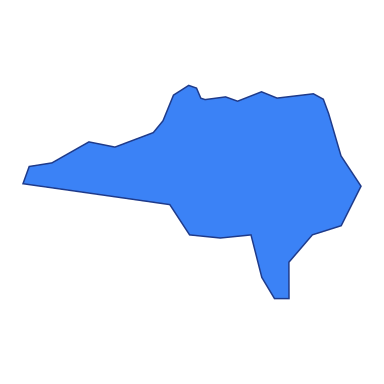 the border of Barnsley
{"feature_id": "GBR-5688", "entity_name": "Barnsley", "entity_type": "Metropolitan Borough", "adm_level": 1, "iso_a3": "GBR", "parent_name": "United Kingdom", "parent_adm1": "", "projection": "orthographic", "projection_center": [-1.511, 53.509], "detail": "fine", "context": "isolated", "style": "filled", "palette": "blue", "viewbox_px": 384, "rotation_deg": 0, "n_neighbors": 0, "source": "natural_earth", "source_scale": "10m", "svg_char_len": 502}
<svg xmlns="http://www.w3.org/2000/svg" viewBox="0 0 384 384"><path d="M220.3,238.0L189.6,234.9L169.8,204.6L23.0,183.7L29.2,166.5L51.9,162.9L88.9,141.9L114.9,147.1L153.3,132.6L163.0,120.8L173.5,95.1L188.7,85.4L196.5,88.1L200.8,98.2L205.1,99.6L225.6,96.9L237.6,101.2L261.5,91.8L277.1,98.1L313.4,93.8L323.3,99.2L328.6,113.5L341.0,155.9L361.0,186.2L341.2,225.7L312.4,234.8L288.9,262.2L289.0,298.6L274.5,298.6L261.8,277.4L251.0,234.9L220.3,238.0Z" fill="#3b82f6" stroke="#1e3a8a" stroke-width="1.5"/></svg>